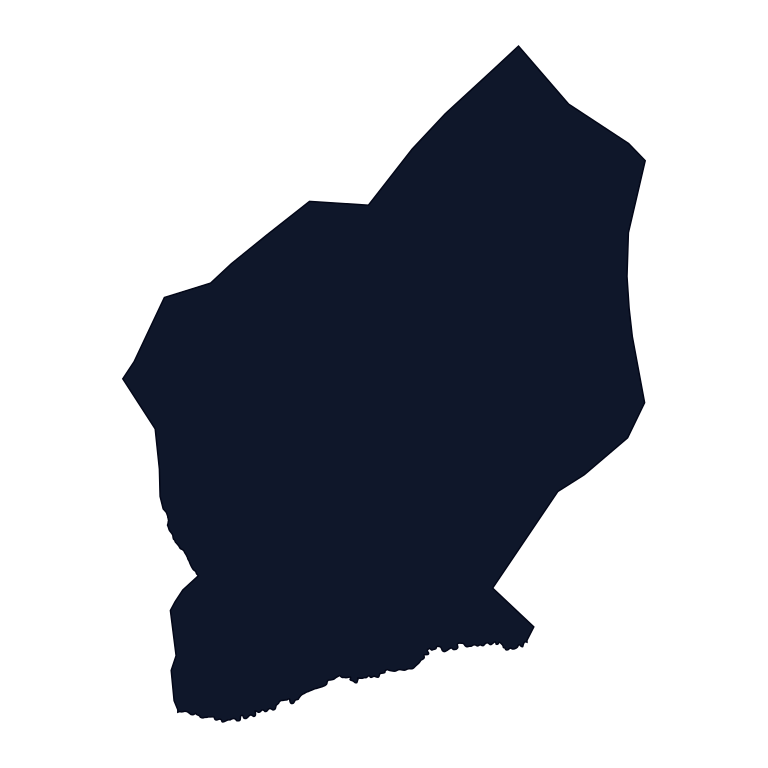 the district of Batnorov, Hentiy, Mongolia
{"feature_id": "93677404B39915453177701", "entity_name": "Batnorov", "entity_type": "district", "adm_level": 2, "iso_a3": "MNG", "parent_name": "Mongolia", "parent_adm1": "Hentiy", "projection": "natural_earth1", "projection_center": [111.332, 47.986], "detail": "fine", "context": "isolated", "style": "filled", "palette": "ink", "viewbox_px": 768, "rotation_deg": 0, "n_neighbors": 0, "source": "geoboundaries", "source_scale": "gbopen_adm2", "svg_char_len": 6118}
<svg xmlns="http://www.w3.org/2000/svg" viewBox="0 0 768 768"><path d="M629.1,308.2L627.0,276.4L628.4,232.7L645.2,160.7L628.7,143.6L568.6,104.1L518.5,46.1L492.8,70.0L445.4,113.6L412.2,149.0L368.4,205.2L309.5,201.4L267.3,234.6L231.4,263.7L210.6,283.1L164.4,297.5L134.1,361.7L126.5,373.2L122.8,378.8L155.2,428.9L159.4,469.1L160.1,496.4L163.2,508.9L166.1,512.1L166.7,513.3L167.2,514.8L167.7,516.0L167.8,517.3L168.1,518.0L168.2,519.1L168.5,519.7L168.5,521.0L168.2,521.9L168.1,523.2L167.6,524.8L167.6,525.6L168.1,526.4L168.4,527.4L169.1,529.7L169.6,530.7L171.8,533.5L172.6,534.8L172.9,535.7L173.0,536.9L173.2,538.0L173.5,539.1L174.2,539.7L174.8,540.4L175.0,541.0L175.2,541.7L175.3,541.9L178.7,545.8L180.1,548.3L180.7,548.8L182.3,549.5L182.7,549.7L183.3,550.4L184.0,551.0L184.7,552.6L186.0,554.6L186.4,555.3L186.8,556.2L187.2,556.8L187.6,558.0L187.8,558.8L188.2,559.6L189.1,561.1L190.0,563.5L190.6,564.8L191.4,566.5L192.2,567.9L193.0,569.2L193.6,569.9L195.5,571.3L195.8,571.7L196.4,573.4L196.8,574.1L197.7,574.9L198.0,575.5L198.3,575.8L182.8,590.0L175.1,601.7L170.4,610.5L176.1,655.7L171.2,670.4L174.1,700.7L177.8,709.7L177.8,712.2L178.9,711.8L179.7,711.6L181.4,711.9L183.1,711.7L184.0,711.4L184.9,711.3L186.2,711.4L187.1,711.7L187.9,712.1L191.0,714.5L192.1,714.7L193.0,714.7L193.5,714.6L194.1,714.3L195.4,713.3L195.7,713.3L195.9,713.5L196.1,714.0L196.9,714.6L199.5,715.8L199.9,716.2L199.9,716.6L200.4,717.2L201.8,717.8L203.0,717.9L204.7,717.4L205.7,717.4L207.0,717.3L208.4,716.9L210.8,716.9L212.7,716.8L213.5,716.9L214.2,717.2L214.5,718.4L215.0,719.4L215.5,719.8L216.4,720.0L217.4,719.8L218.7,719.3L219.6,719.1L220.6,719.3L221.2,719.7L221.6,720.4L221.8,721.1L222.1,721.7L222.4,721.9L223.0,721.9L224.0,721.7L227.7,720.0L228.3,719.9L230.4,719.8L231.0,719.3L232.0,718.9L233.0,718.6L234.0,718.5L234.9,718.9L235.7,719.4L236.6,720.6L237.1,720.8L238.3,720.8L239.2,720.7L239.8,720.3L240.2,719.7L240.3,719.0L240.5,716.7L240.7,716.2L241.1,715.7L241.5,715.4L242.0,715.3L242.4,715.4L242.9,715.8L243.6,717.6L243.9,718.1L244.4,718.4L245.3,718.5L246.0,718.5L247.0,717.9L248.5,716.5L249.2,715.6L250.4,715.0L251.1,715.0L251.8,715.2L253.5,716.4L254.5,716.3L255.2,715.6L255.4,715.1L255.5,713.9L255.4,712.5L255.1,711.7L255.0,711.1L255.9,710.9L257.8,712.0L258.5,712.3L259.3,712.2L260.0,711.9L260.8,711.2L261.5,710.4L262.0,710.0L262.6,710.0L263.0,710.0L263.9,710.4L265.0,711.5L265.5,711.5L266.2,711.4L266.9,711.0L267.7,710.1L268.3,709.2L269.2,708.7L269.9,708.6L270.7,708.7L271.6,709.1L272.3,709.6L272.9,709.9L273.4,709.9L274.1,709.7L274.9,709.2L275.4,708.4L276.2,705.2L277.3,704.4L278.6,703.2L279.1,702.1L280.0,701.1L280.7,700.7L281.3,700.5L283.1,700.4L284.6,700.1L286.9,699.9L287.5,699.6L288.4,699.0L288.9,698.8L289.4,698.9L289.7,699.3L289.9,701.0L290.3,702.3L290.7,703.0L291.4,703.5L292.4,703.5L293.4,703.1L294.0,702.3L295.0,700.5L295.3,700.1L295.7,699.9L297.6,699.5L298.3,699.2L299.0,697.9L300.6,695.8L301.7,694.8L303.0,694.0L304.0,693.6L306.3,692.2L307.3,691.8L308.2,691.6L309.4,691.0L312.2,689.9L314.9,688.7L316.2,688.5L319.8,687.4L322.2,686.7L324.0,685.9L324.7,685.7L326.3,684.5L326.8,683.7L327.2,681.7L327.5,681.1L328.2,680.3L328.6,680.1L330.4,680.0L332.9,679.5L334.0,679.1L335.9,677.6L338.5,676.1L339.3,675.7L339.9,675.7L340.3,675.9L340.7,676.4L341.5,677.1L342.6,677.5L344.1,677.4L345.9,677.7L347.6,677.5L348.8,677.2L349.9,677.1L350.3,677.1L350.6,677.4L350.6,677.9L350.5,678.5L350.1,679.2L350.1,679.6L350.5,680.0L351.0,680.3L352.4,680.7L353.5,681.3L355.1,682.6L355.9,682.8L356.7,682.7L357.1,682.0L357.8,679.6L358.0,679.3L358.0,678.8L358.0,678.5L357.8,678.3L357.9,678.1L358.1,677.9L359.2,678.2L362.1,678.3L362.9,678.1L364.3,677.6L365.9,677.7L366.5,677.5L368.5,675.8L369.1,675.6L369.5,675.8L370.0,676.6L370.3,677.1L370.7,677.3L371.6,677.3L373.2,676.5L373.9,676.3L374.6,676.3L376.2,676.9L377.3,677.2L378.1,677.2L378.5,677.0L378.9,676.5L379.5,674.5L379.8,674.0L380.4,673.5L381.2,673.3L383.4,673.0L384.7,672.6L384.9,672.3L385.0,671.5L385.2,670.9L385.8,670.3L386.8,669.7L387.3,669.6L389.7,670.5L393.2,671.1L394.9,671.2L396.2,670.8L397.9,669.9L399.2,669.6L400.3,669.6L403.1,670.1L404.7,670.2L405.9,669.8L407.5,669.0L408.5,668.8L409.7,668.7L410.5,668.8L411.6,668.8L412.6,668.6L413.7,667.9L415.9,665.7L418.2,663.7L419.3,662.6L420.9,660.2L422.4,659.4L423.5,658.7L423.9,658.2L424.2,657.7L424.2,656.8L423.9,655.8L423.9,655.3L424.1,654.9L424.7,654.7L427.1,654.6L427.8,654.5L428.4,654.1L428.6,653.6L428.5,652.8L427.5,651.3L427.4,650.5L427.5,649.9L428.0,649.3L429.4,648.5L429.9,648.5L431.5,650.0L431.9,650.0L432.2,650.0L433.0,649.6L434.7,649.2L435.7,648.8L436.0,648.4L436.6,646.9L437.0,646.5L437.4,646.4L437.9,646.3L438.9,646.5L439.9,646.7L440.8,647.2L441.5,648.5L442.3,650.5L443.1,651.2L443.8,651.5L444.5,651.6L445.2,651.4L447.4,650.2L448.7,649.2L450.7,648.0L451.2,647.9L451.9,648.2L453.2,649.4L454.0,649.6L456.1,649.3L457.0,648.6L457.6,647.9L457.8,647.2L457.7,646.1L457.3,645.2L457.2,644.5L457.5,644.0L458.0,643.5L458.6,643.2L459.4,643.1L462.7,643.3L463.4,643.6L464.2,644.3L464.8,645.3L465.3,645.9L466.1,646.5L467.0,646.8L468.1,646.6L469.1,646.3L471.3,646.2L473.5,644.9L474.3,644.8L475.7,645.0L476.7,645.7L477.4,645.9L477.9,645.9L479.7,644.9L480.3,644.8L480.8,644.9L481.3,645.3L481.9,645.5L482.9,645.7L483.3,645.6L483.8,645.3L484.6,644.3L485.9,643.2L486.7,642.9L487.6,642.8L488.4,643.2L490.0,644.5L490.7,644.6L491.4,644.4L494.3,642.1L494.9,642.0L495.4,642.0L495.7,642.3L496.1,644.1L496.6,644.3L497.2,644.3L497.8,644.1L498.3,643.6L498.8,642.5L499.1,642.2L499.4,642.2L500.5,642.9L502.3,644.7L502.8,645.4L503.1,646.0L503.3,647.2L503.6,647.6L505.0,648.0L505.6,649.4L506.2,649.9L507.0,649.9L507.8,649.8L508.6,649.4L509.0,648.8L509.5,648.4L510.3,648.2L511.1,648.2L511.5,648.3L511.9,648.8L512.3,649.0L513.7,649.0L514.6,648.8L516.3,648.0L517.2,647.3L517.8,646.5L518.2,645.4L518.6,644.8L518.9,644.6L519.7,644.8L520.3,645.6L521.5,646.5L522.2,646.7L522.6,646.7L522.8,646.5L522.9,645.4L523.2,645.1L523.5,643.8L523.8,643.2L524.3,642.3L524.6,642.0L525.1,641.8L526.5,642.0L527.0,642.2L527.0,640.2L533.8,626.9L492.6,588.1L525.2,539.8L557.8,491.5L584.3,474.7L627.6,437.8L644.6,402.7L632.3,336.5L629.1,308.2Z" fill="#0f172a" stroke="#020617" stroke-width="1.5"/></svg>